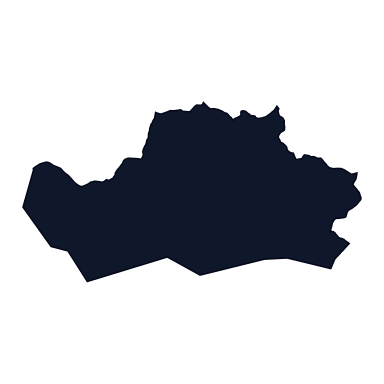 Pagli, Samchi, Bhutan
{"feature_id": "84629894B20130203426207", "entity_name": "Pagli", "entity_type": "district", "adm_level": 2, "iso_a3": "BTN", "parent_name": "Bhutan", "parent_adm1": "Samchi", "projection": "mercator", "projection_center": [89.207, 26.85], "detail": "fine", "context": "isolated", "style": "filled", "palette": "ink", "viewbox_px": 384, "rotation_deg": 0, "n_neighbors": 0, "source": "geoboundaries", "source_scale": "gbopen_adm2", "svg_char_len": 4278}
<svg xmlns="http://www.w3.org/2000/svg" viewBox="0 0 384 384"><path d="M349.2,243.5L347.8,242.4L345.8,241.1L343.7,239.3L341.6,238.5L339.6,238.0L338.5,237.4L337.4,236.0L335.8,234.1L334.8,232.7L333.1,231.6L331.0,231.6L330.1,231.7L330.9,230.6L330.7,228.8L331.2,227.9L331.5,227.1L331.6,226.1L332.2,223.9L332.4,222.7L334.2,219.9L335.5,218.6L337.0,218.3L338.5,218.3L343.3,217.7L345.3,217.2L345.9,216.5L346.7,213.5L347.2,212.2L348.2,210.4L350.8,208.9L352.5,207.9L353.9,206.7L356.5,204.8L357.7,203.3L358.9,201.8L360.3,200.2L361.0,198.8L361.0,198.0L360.7,197.1L360.2,195.6L359.7,194.1L359.3,192.5L358.1,191.2L356.6,189.2L354.2,186.4L352.9,184.5L354.1,181.8L355.7,179.5L356.2,177.6L356.9,173.9L356.9,172.9L353.6,173.9L351.2,174.2L347.9,172.1L347.1,171.6L343.9,169.6L340.9,168.5L336.9,168.4L333.4,168.7L329.3,167.7L328.7,167.1L327.1,165.8L326.4,164.6L323.9,161.9L322.1,159.4L320.7,158.2L317.7,158.3L313.7,156.6L311.4,156.8L310.2,156.4L309.0,155.6L306.4,155.2L304.4,154.9L303.0,156.6L301.8,158.8L300.4,158.8L298.2,159.2L297.1,159.5L296.0,159.5L295.6,158.6L294.8,157.1L294.3,155.7L293.8,154.2L293.2,153.1L291.3,152.9L290.1,152.4L288.8,151.5L287.5,150.3L286.9,148.9L286.9,147.7L286.3,146.7L285.6,145.8L284.1,144.4L283.0,143.3L281.1,142.6L280.4,142.0L280.2,141.1L279.4,139.5L278.2,137.4L278.7,135.2L279.7,133.8L280.3,132.7L281.8,131.7L283.1,131.0L284.3,130.2L284.5,129.3L284.6,127.8L284.5,125.7L284.1,124.7L284.2,123.5L284.3,121.0L283.7,119.6L283.0,118.2L281.7,117.2L280.8,116.8L279.8,116.2L279.4,115.6L278.7,114.5L278.6,113.3L278.1,111.6L278.0,110.3L278.7,109.3L278.7,108.4L277.7,107.2L276.9,106.2L274.7,109.6L273.5,110.9L272.3,111.8L271.1,112.9L270.1,113.8L269.2,114.4L268.3,115.0L267.4,115.7L266.2,116.6L264.7,117.1L263.8,117.3L263.1,117.7L262.2,117.9L260.5,118.2L259.0,118.4L257.8,118.3L256.8,118.1L256.2,117.8L255.4,117.2L255.1,116.2L252.7,115.7L251.8,115.8L250.7,115.5L250.0,115.1L249.6,114.3L248.8,113.9L247.7,113.2L246.7,112.2L245.2,111.2L243.6,110.8L241.5,111.0L241.0,111.7L240.8,112.8L241.1,114.2L240.6,115.6L239.2,116.5L237.6,117.4L235.9,118.1L235.1,118.4L234.1,119.0L233.5,120.2L232.2,119.1L231.3,117.7L230.8,117.3L230.2,117.0L228.3,114.9L227.7,114.1L226.6,113.2L225.9,113.3L224.1,112.5L222.2,111.2L220.9,110.7L220.0,110.3L218.5,109.6L217.0,109.3L215.8,109.0L214.2,108.7L213.0,108.7L212.2,108.9L210.9,108.9L210.2,108.8L209.4,108.2L208.7,107.7L207.8,106.9L203.4,102.5L202.6,104.4L201.0,105.3L199.2,105.2L198.2,105.2L196.7,105.0L194.8,106.4L194.2,106.9L193.1,108.3L192.0,109.5L191.1,110.5L190.1,111.6L188.4,111.8L187.2,111.7L185.6,111.5L184.0,111.4L182.7,111.4L181.7,110.5L180.6,109.8L177.6,110.3L175.3,110.6L173.0,110.8L171.8,110.7L170.2,110.6L169.0,111.2L166.7,112.1L165.4,112.6L164.3,113.0L162.8,113.5L161.2,114.1L160.3,113.9L158.9,113.6L157.3,113.1L155.6,112.4L154.7,117.8L154.3,118.7L153.6,119.8L153.0,120.8L152.7,121.4L152.2,122.8L151.8,123.7L151.2,124.0L150.9,124.7L150.7,125.7L150.2,127.0L149.7,128.8L149.7,129.8L149.3,131.7L148.8,132.6L148.5,134.0L148.5,135.0L148.4,136.5L148.3,137.6L148.2,138.3L146.9,140.0L146.5,142.1L146.0,143.9L145.4,145.3L144.9,145.9L143.8,148.4L143.2,149.8L142.8,151.9L143.3,154.3L143.0,156.2L142.6,156.8L141.9,158.2L141.5,159.3L137.0,158.6L130.0,158.3L129.0,158.3L128.0,158.1L126.4,159.0L125.2,159.2L124.7,159.7L123.5,160.9L123.1,162.0L122.6,163.1L122.0,164.3L121.2,165.0L119.7,167.1L118.7,168.2L117.4,169.7L116.6,171.0L115.6,172.5L115.2,173.7L115.2,175.1L114.0,176.5L113.5,177.2L113.0,178.3L111.9,178.7L110.1,179.9L108.3,180.4L106.5,179.6L105.3,180.5L104.4,181.4L102.9,182.0L101.4,182.2L99.8,181.8L96.9,181.4L94.6,181.2L91.9,182.0L90.4,182.2L88.7,183.7L86.5,184.7L84.2,185.8L82.2,186.5L80.6,186.4L78.9,185.7L76.7,184.2L74.8,182.7L73.2,181.0L71.4,178.8L68.3,175.5L65.3,173.3L63.2,171.4L62.7,170.8L61.2,169.1L60.7,168.5L57.9,167.2L55.1,166.2L53.5,165.5L51.7,164.3L50.3,163.4L48.8,162.6L47.5,162.2L45.8,162.2L44.1,162.7L41.8,163.3L39.5,164.2L37.9,165.3L35.9,166.4L34.8,167.3L33.6,168.1L33.2,168.8L33.7,169.3L23.0,207.2L51.1,246.5L67.9,250.9L87.3,281.5L167.3,257.0L200.1,275.1L264.2,259.2L287.1,258.0L330.8,268.6L334.7,259.2L336.3,257.4L337.4,256.2L338.1,255.6L338.5,255.0L339.0,254.5L339.9,253.6L340.9,252.4L341.9,251.4L343.0,250.3L344.5,248.6L345.6,247.4L346.4,246.6L348.0,244.8L349.2,243.5Z" fill="#0f172a" stroke="#020617" stroke-width="1.5"/></svg>